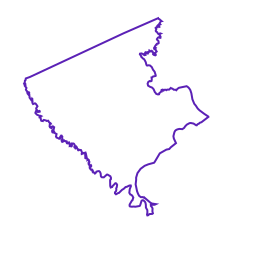 Velingara, Kolda, Senegal (Natural Earth projection), rotated 155°
{"feature_id": "50182788B9780593325351", "entity_name": "Velingara", "entity_type": "district", "adm_level": 2, "iso_a3": "SEN", "parent_name": "Senegal", "parent_adm1": "Kolda", "projection": "natural_earth1", "projection_center": [-13.808, 13.111], "detail": "fine", "context": "isolated", "style": "outline", "palette": "violet", "viewbox_px": 256, "rotation_deg": 155, "n_neighbors": 0, "source": "geoboundaries", "source_scale": "gbopen_adm2", "svg_char_len": 5833}
<svg xmlns="http://www.w3.org/2000/svg" viewBox="0 0 256 256"><g transform="rotate(155 128 128)"><path d="M54.4,214.8L91.9,215.7L195.4,215.7L199.7,216.1L200.5,214.8L201.4,214.5L202.2,213.1L203.5,212.1L203.3,211.4L202.6,211.7L202.4,211.5L202.9,210.0L203.4,210.2L203.4,209.8L203.7,209.7L203.1,207.2L204.3,206.0L204.3,204.9L203.9,203.9L204.4,202.3L203.9,201.5L203.4,201.8L203.1,202.4L202.8,202.4L202.6,201.9L202.9,201.6L203.1,200.7L203.9,201.1L204.3,201.0L203.7,198.7L204.4,197.1L204.3,196.6L203.8,193.9L203.2,194.0L202.5,195.0L202.4,194.7L202.9,193.9L203.2,192.6L204.0,191.4L204.0,190.4L203.9,189.8L201.9,189.7L201.4,189.0L200.9,186.6L200.9,185.9L202.9,184.7L203.1,184.1L202.8,181.6L202.6,181.2L201.0,180.9L200.9,180.5L201.1,180.1L201.7,180.2L202.9,180.6L204.2,181.7L204.3,182.1L205.4,181.1L205.6,180.6L204.9,178.6L203.3,176.7L202.1,176.0L201.7,175.5L203.2,175.5L203.7,174.9L202.9,174.1L203.5,172.1L203.5,171.1L202.3,170.3L202.1,170.6L200.9,170.9L199.1,169.4L198.8,168.8L197.2,168.3L197.1,166.6L196.2,165.1L196.1,164.5L197.2,164.6L198.4,162.6L198.4,161.5L197.4,160.2L197.0,160.4L197.0,161.4L195.4,161.3L194.6,159.9L195.9,158.2L197.6,157.8L198.0,157.5L198.3,156.6L198.3,156.0L197.9,155.6L197.1,156.3L196.5,156.2L196.5,154.4L195.3,152.7L196.9,150.7L196.8,149.5L196.3,149.2L195.0,147.4L194.3,147.1L193.7,147.5L193.7,148.1L193.3,148.6L191.8,149.4L191.4,149.2L191.2,147.8L191.7,147.3L192.2,145.4L193.3,145.1L193.6,144.4L193.5,143.2L192.7,143.1L192.1,143.5L191.6,143.2L191.1,143.6L190.9,143.1L189.2,141.8L189.3,140.5L189.8,140.6L189.8,140.0L188.9,139.3L188.3,139.9L187.5,139.9L187.3,138.1L188.4,136.3L187.8,136.2L187.3,135.3L186.8,135.3L186.6,136.1L186.0,136.2L185.8,137.0L185.4,137.7L183.9,136.9L183.6,136.3L183.5,134.7L183.8,134.0L184.4,133.9L184.7,133.1L184.4,132.8L184.3,131.9L183.8,132.1L183.3,133.4L182.8,133.3L182.5,132.0L182.9,131.0L182.2,129.8L182.6,129.1L182.5,128.8L182.1,128.7L181.7,129.1L179.9,127.8L180.1,124.4L180.8,124.3L180.9,124.0L179.6,123.9L179.2,124.4L178.6,124.1L178.3,123.3L178.0,123.3L177.6,123.8L176.9,123.7L177.1,121.9L178.4,121.2L178.6,120.8L178.5,120.6L177.7,120.8L177.5,120.5L177.9,118.8L178.3,118.7L178.9,119.7L179.4,118.9L178.9,118.2L178.2,118.2L177.7,117.0L178.2,116.2L177.4,116.3L177.0,115.4L177.5,114.3L177.3,113.6L177.9,112.8L178.6,112.9L178.9,111.8L178.6,111.6L178.8,110.2L178.2,109.9L177.3,110.1L177.2,109.7L177.5,108.9L178.3,108.5L179.4,108.4L179.6,107.9L179.3,106.0L179.0,105.6L178.5,105.8L178.1,105.5L177.9,104.4L178.1,103.5L178.3,103.6L178.6,103.4L178.4,102.4L177.4,101.8L177.2,100.7L176.6,100.8L175.0,101.8L173.2,101.5L172.4,101.1L172.0,100.1L172.0,99.3L172.0,98.4L172.9,95.9L172.9,95.3L172.5,94.4L170.8,93.5L166.9,94.7L166.2,94.4L164.4,91.7L164.5,89.9L165.2,88.8L165.8,88.8L166.4,88.0L168.6,83.0L168.8,81.4L167.3,81.2L166.9,81.7L162.8,83.3L162.2,82.9L161.9,81.9L161.9,81.0L163.3,79.0L164.2,78.3L164.7,76.9L165.5,75.9L167.0,75.2L167.4,74.3L166.9,73.0L164.3,73.2L163.7,73.0L159.5,74.5L157.5,74.7L155.2,75.5L153.8,75.2L151.1,75.3L149.8,74.8L149.9,74.1L152.3,71.8L154.2,68.7L154.0,66.8L153.1,65.8L152.7,64.6L152.6,62.7L154.5,60.6L155.1,60.6L158.8,58.0L159.3,57.2L159.5,56.4L159.3,56.0L157.7,55.0L155.8,54.3L154.8,53.6L150.8,52.5L150.1,52.5L149.2,53.3L146.6,56.2L146.2,56.4L145.1,56.3L144.5,55.8L143.8,53.9L143.8,52.8L144.3,50.8L145.4,48.3L145.2,45.4L146.1,43.3L147.4,41.4L147.4,40.6L146.4,40.4L145.8,40.8L144.9,40.9L142.3,39.9L141.5,40.1L141.1,42.2L139.8,44.6L139.7,45.8L140.2,47.7L139.8,48.7L136.3,47.2L134.9,47.2L138.9,49.9L138.8,50.2L139.3,50.9L142.4,57.7L142.5,57.5L144.1,59.3L145.6,59.9L146.6,61.9L146.7,64.3L146.5,66.9L144.9,73.7L142.5,77.6L141.6,79.6L138.5,83.1L133.8,85.7L128.9,86.7L124.9,86.5L119.1,85.5L118.1,86.0L109.9,91.6L102.3,92.2L99.5,91.5L97.5,92.4L90.9,94.0L90.9,99.1L90.3,101.4L87.7,104.6L86.5,105.5L85.7,105.8L84.0,105.9L81.9,105.5L79.2,104.0L77.0,104.4L75.6,105.3L73.3,106.2L70.2,106.4L69.0,106.0L66.7,104.3L65.1,101.7L64.6,101.4L63.4,102.0L61.6,102.0L60.9,102.4L59.0,102.2L50.4,104.1L50.4,104.5L52.9,108.6L55.7,113.8L56.6,116.2L57.1,119.7L57.7,121.9L57.5,126.8L55.9,132.7L55.5,136.1L55.8,138.1L56.3,139.6L57.2,141.1L64.8,142.9L66.6,142.6L68.3,141.8L68.8,142.6L70.3,143.3L71.1,144.9L72.0,145.6L72.3,146.2L74.5,145.4L76.1,146.2L77.3,146.1L77.5,146.6L78.3,147.1L79.5,147.3L79.8,146.9L80.0,146.9L80.3,148.1L80.7,148.2L81.4,148.3L81.9,147.0L82.4,147.3L83.0,146.8L84.8,146.4L85.5,145.5L86.2,145.8L86.6,145.7L88.0,147.0L88.2,148.4L88.5,149.1L88.4,152.3L88.8,153.7L89.2,154.6L90.7,156.1L91.9,157.9L91.5,159.9L90.1,161.2L88.5,161.4L87.6,160.7L86.8,160.7L85.9,162.0L85.3,163.9L84.5,163.7L83.6,164.1L81.0,163.5L80.6,164.0L80.1,167.8L80.7,170.3L80.7,173.1L81.6,175.3L82.7,176.1L84.3,176.5L84.5,177.0L84.6,177.6L84.1,180.2L84.2,182.5L84.4,183.7L85.0,184.5L85.9,187.0L85.6,187.4L86.1,189.8L85.7,190.3L84.3,189.9L83.3,188.9L82.4,187.1L81.2,186.8L80.9,187.6L81.4,187.9L81.4,188.4L80.2,189.2L79.6,188.3L78.7,188.7L78.2,188.5L77.8,187.7L78.9,187.4L78.6,187.1L76.7,188.5L76.2,188.3L75.8,189.1L74.7,187.5L74.1,187.4L73.8,187.7L73.6,187.4L73.4,187.1L73.5,184.7L74.1,184.4L74.1,184.2L73.5,183.1L72.5,182.3L71.9,182.5L71.9,183.0L72.8,183.3L73.0,183.6L72.6,184.6L72.3,184.7L71.8,184.1L70.5,185.1L69.7,185.2L69.9,187.6L69.6,188.5L69.1,188.8L69.3,189.0L70.3,188.1L70.7,188.2L70.8,188.8L70.6,189.5L69.8,189.7L69.4,190.4L67.5,191.5L66.9,191.4L66.5,192.0L65.9,192.1L65.1,191.8L64.3,192.0L63.8,193.3L63.7,194.3L64.3,195.5L64.3,196.3L62.8,197.2L62.1,197.3L61.4,197.2L60.9,196.1L60.5,196.0L59.9,197.0L60.0,199.4L59.5,199.8L58.5,199.8L58.9,200.2L60.5,200.0L60.7,200.3L61.0,201.2L61.1,202.5L61.8,203.7L61.8,204.3L61.6,204.7L60.4,205.8L60.7,207.0L59.8,207.3L58.9,207.1L58.6,207.3L58.5,208.0L57.7,208.4L57.2,208.0L57.1,206.4L56.8,206.4L56.9,208.4L56.6,208.7L56.3,208.8L55.2,208.2L54.9,208.2L55.2,209.5L53.0,210.9L52.4,210.7L53.5,213.2L54.5,214.5L54.4,214.8Z" fill="none" stroke="#5b21b6" stroke-width="2"/></g></svg>